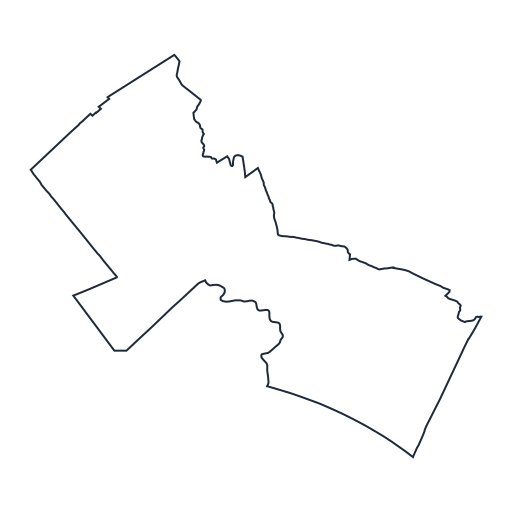 Joita, Giurgiu, Romania (Equal Earth projection)
{"feature_id": "2599482B22090159285998", "entity_name": "Joita", "entity_type": "district", "adm_level": 2, "iso_a3": "ROU", "parent_name": "Romania", "parent_adm1": "Giurgiu", "projection": "equal_earth", "projection_center": [25.867, 44.487], "detail": "fine", "context": "isolated", "style": "outline", "palette": "slate", "viewbox_px": 512, "rotation_deg": 0, "n_neighbors": 0, "source": "geoboundaries", "source_scale": "gbopen_adm2", "svg_char_len": 6061}
<svg xmlns="http://www.w3.org/2000/svg" viewBox="0 0 512 512"><path d="M219.4,285.4L222.9,287.3L223.7,287.9L224.2,288.3L224.5,288.9L224.7,289.7L224.8,290.5L224.7,292.0L224.6,292.7L224.0,293.3L223.7,294.3L223.1,295.0L221.1,296.8L220.7,297.3L220.6,298.3L220.7,299.6L220.8,299.9L221.1,300.1L222.6,301.0L223.8,301.3L225.5,301.6L227.4,301.7L230.3,301.3L233.7,300.6L234.7,300.5L235.3,300.3L236.1,300.3L240.2,300.3L242.3,300.9L243.8,301.5L246.7,301.3L249.7,300.7L251.9,300.6L253.2,300.9L255.2,301.9L255.9,302.8L256.3,304.0L256.7,306.8L257.1,308.1L257.7,309.6L258.5,310.1L259.2,310.5L260.3,310.6L261.4,310.5L266.1,309.9L267.8,310.0L268.8,310.9L269.1,311.4L269.3,312.2L269.4,312.8L269.3,315.0L269.4,316.8L269.8,319.3L270.9,320.9L271.8,321.5L272.4,321.8L277.4,322.5L278.4,322.8L279.1,323.3L279.6,323.9L280.1,325.4L280.1,326.4L280.1,328.0L280.2,330.2L280.4,331.2L281.8,333.5L282.4,334.3L282.7,334.9L282.9,335.9L282.8,336.7L282.4,337.6L281.4,338.9L280.8,339.5L280.5,340.2L280.0,342.0L279.6,342.9L279.0,343.7L269.5,352.0L268.1,352.9L264.0,353.7L262.0,354.2L261.5,354.8L261.3,355.8L261.6,357.6L263.2,359.6L266.5,363.2L267.3,365.4L267.2,370.5L267.5,372.9L268.0,375.8L268.2,378.2L268.5,382.4L268.4,383.3L268.0,384.5L267.1,386.2L277.4,389.2L291.3,393.4L304.9,398.2L319.6,403.6L333.4,409.6L342.5,413.8L352.3,418.7L362.8,424.2L369.9,428.2L383.2,436.1L391.6,441.6L404.7,450.8L408.8,453.9L413.0,457.1L413.5,455.7L417.0,447.8L418.6,445.2L423.2,434.6L424.5,431.2L424.8,429.7L426.3,426.1L428.6,421.6L440.0,399.1L459.3,358.0L464.1,347.7L468.3,339.1L468.5,339.2L472.6,332.5L474.5,329.3L481.3,316.7L480.5,316.6L479.7,316.8L478.4,317.0L477.3,316.7L476.0,317.1L475.0,318.9L473.3,320.3L471.3,320.8L467.5,321.2L465.9,321.5L465.0,322.1L461.0,320.5L458.1,318.3L457.7,317.3L457.9,315.9L458.4,314.8L458.9,312.1L460.2,310.4L460.2,309.2L459.9,307.6L460.7,305.8L460.5,305.1L458.1,302.9L457.3,301.7L455.8,300.9L453.0,299.9L450.5,299.2L448.3,298.3L447.1,296.9L445.4,295.8L449.4,292.0L449.6,290.1L448.1,289.4L446.1,288.7L443.3,287.8L440.6,286.1L435.8,284.2L424.0,278.9L413.1,273.6L409.3,271.5L405.5,270.2L401.9,269.4L393.6,268.0L393.9,267.6L393.5,267.4L392.2,267.5L387.0,268.4L384.2,268.5L379.9,269.3L379.4,269.4L379.0,269.3L377.7,268.9L376.4,268.1L374.1,267.3L373.0,266.8L371.3,265.9L370.0,265.6L368.8,265.1L367.6,264.5L366.4,263.6L365.8,263.3L365.0,262.9L364.2,262.8L362.7,262.1L360.8,261.6L359.6,261.1L358.1,260.3L356.0,258.8L355.5,258.7L352.1,258.9L351.1,259.2L350.3,259.6L349.5,259.9L350.0,254.4L349.6,254.4L349.0,253.5L348.0,252.4L347.8,251.9L347.8,251.6L347.8,250.8L347.7,250.0L347.3,249.2L346.5,248.2L345.8,247.4L344.8,246.8L344.3,246.5L343.7,246.4L341.5,246.2L338.7,245.5L338.2,245.4L337.7,245.4L336.0,245.8L334.8,245.8L333.6,245.6L332.6,245.3L331.2,244.7L330.0,244.6L328.0,243.9L325.7,243.6L324.5,243.2L322.4,242.9L321.2,242.6L319.5,241.9L316.5,241.1L314.8,240.8L313.6,240.6L311.8,240.2L308.7,239.9L305.1,239.1L301.6,238.7L299.3,238.1L296.7,237.7L295.1,237.3L293.1,236.9L292.6,236.9L291.6,237.0L290.5,236.8L289.4,236.8L287.5,236.4L282.2,236.1L279.5,235.5L278.6,235.1L278.2,234.8L277.9,234.4L277.4,229.6L276.7,226.2L276.0,223.9L275.7,222.4L275.0,220.6L274.1,217.9L273.9,215.5L273.9,215.1L274.2,213.4L274.3,212.7L274.2,212.1L273.7,210.2L273.5,209.5L273.4,209.0L273.3,208.6L273.3,207.7L273.0,206.8L272.6,205.6L272.7,204.7L272.1,203.5L271.8,203.2L270.7,202.2L270.3,201.7L270.2,201.4L270.0,200.4L269.9,200.1L269.4,199.4L269.1,198.5L268.8,197.9L268.6,197.3L268.5,196.4L268.3,195.9L267.8,195.2L267.6,194.7L266.8,192.3L266.4,191.6L265.9,190.4L265.4,188.7L265.0,187.3L264.0,185.4L263.8,184.7L263.7,183.9L263.7,182.5L263.1,181.1L262.0,178.7L261.7,178.0L261.2,175.9L260.9,174.8L259.9,172.4L258.9,170.4L257.9,168.0L245.3,177.1L245.0,174.0L245.0,173.4L244.5,169.4L243.1,160.0L242.5,156.6L240.2,155.6L238.6,155.2L237.8,155.2L235.8,155.5L235.2,155.8L234.5,156.5L234.1,157.0L233.9,157.5L233.4,160.0L233.0,162.0L233.0,164.7L232.9,165.2L232.7,165.6L232.1,166.1L231.8,166.0L231.4,165.9L231.1,165.6L230.5,164.7L230.4,164.2L230.2,163.1L229.5,160.8L229.1,159.1L228.8,158.5L227.7,157.2L227.2,156.3L216.9,162.7L216.4,161.0L216.2,160.3L216.0,159.7L215.6,159.2L214.6,158.7L214.0,158.6L213.6,158.5L212.5,158.6L212.0,158.5L211.7,158.3L211.2,157.5L211.0,157.2L210.6,157.0L210.4,157.0L209.6,156.7L207.8,156.8L206.7,156.5L206.1,156.6L205.3,156.7L204.1,156.6L203.4,156.4L203.0,156.1L202.8,155.6L202.7,155.0L203.4,152.7L203.5,151.8L203.8,151.3L204.2,150.0L203.3,147.9L203.3,147.6L203.4,147.3L204.2,146.3L204.2,146.0L204.2,145.4L203.5,144.3L201.9,142.6L201.5,141.6L201.4,141.0L201.5,140.3L201.9,139.2L202.0,138.5L202.1,137.9L202.2,137.2L202.5,136.6L203.2,134.9L203.8,134.2L203.8,133.9L203.8,133.7L203.6,133.5L202.9,132.7L202.7,132.2L202.6,131.7L202.6,129.8L202.3,129.3L200.8,128.3L200.4,127.8L200.2,127.3L200.0,125.7L199.9,125.2L199.7,124.7L199.1,123.7L197.9,122.6L197.0,122.3L196.1,121.7L195.7,121.3L195.1,120.3L194.3,119.3L194.2,118.9L194.0,118.1L193.4,112.8L193.6,112.5L194.0,112.2L194.6,111.7L196.6,109.3L196.7,109.1L196.9,107.7L197.1,107.0L197.5,106.2L198.5,105.0L199.3,103.8L199.6,103.1L200.5,101.5L200.8,100.5L200.7,99.8L183.3,86.1L181.6,84.5L181.1,83.5L179.1,80.0L177.3,77.4L177.0,76.8L176.8,76.1L176.7,75.1L176.8,74.4L177.2,72.9L177.8,69.4L179.0,64.0L179.5,61.2L176.1,56.9L174.3,54.9L110.0,95.6L107.6,97.2L109.2,98.9L98.7,106.8L100.9,108.8L96.3,112.8L96.0,112.5L92.4,115.7L90.4,113.8L82.7,121.0L79.8,123.4L78.8,124.8L70.4,132.4L30.7,169.8L31.4,170.6L33.4,173.9L35.0,175.8L36.6,177.9L40.0,182.0L41.7,185.1L46.8,191.2L49.1,193.5L50.0,194.7L51.3,196.7L53.4,198.9L61.3,208.8L64.3,212.4L65.4,214.0L66.9,215.8L71.7,221.7L80.2,232.0L91.3,245.8L94.3,249.6L95.9,251.4L97.1,253.0L99.8,255.8L100.7,257.0L103.3,260.5L111.3,270.1L113.5,272.9L116.2,275.9L116.9,277.0L116.8,277.4L89.2,289.2L80.6,292.7L73.3,295.6L114.4,350.7L126.4,350.7L141.8,336.3L150.8,328.0L172.4,307.3L179.8,300.7L198.3,283.5L200.0,282.5L205.1,280.3L205.8,281.8L206.0,282.3L206.7,283.0L207.9,284.2L209.0,285.0L210.0,285.4L210.9,285.4L213.4,285.0L214.4,284.9L215.9,284.8L217.3,284.9L218.2,285.0L219.4,285.4Z" fill="none" stroke="#1e293b" stroke-width="2"/></svg>